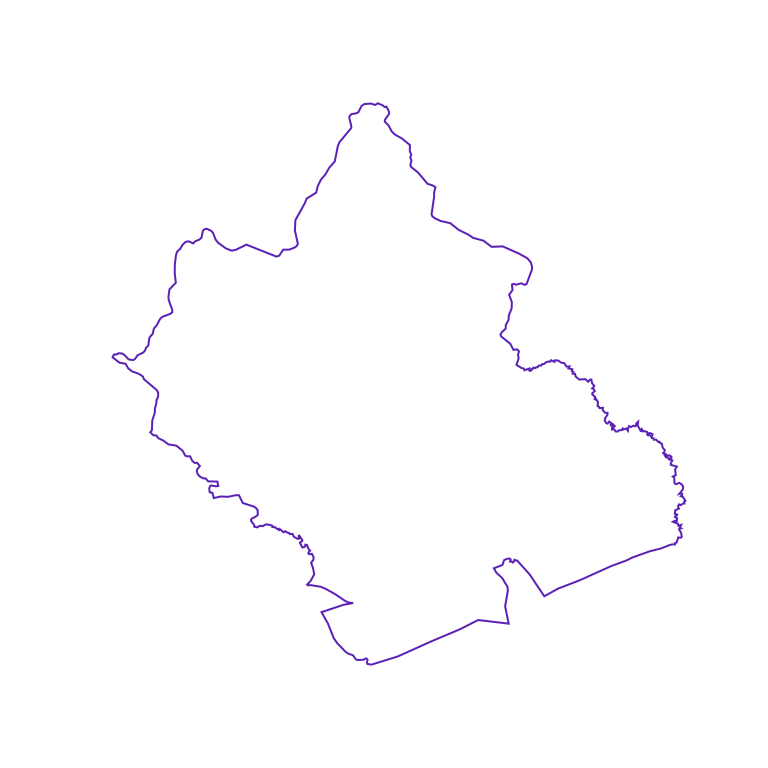 outline of Srinagarindra, Phatthalung, Thailand, rotated 69°
{"feature_id": "78962969B8078558348171", "entity_name": "Srinagarindra", "entity_type": "district", "adm_level": 2, "iso_a3": "THA", "parent_name": "Thailand", "parent_adm1": "Phatthalung", "projection": "albers", "projection_center": [99.922, 7.561], "detail": "fine", "context": "isolated", "style": "outline", "palette": "violet", "viewbox_px": 768, "rotation_deg": 69, "n_neighbors": 0, "source": "geoboundaries", "source_scale": "gbopen_adm2", "svg_char_len": 6165}
<svg xmlns="http://www.w3.org/2000/svg" viewBox="0 0 768 768"><g transform="rotate(69 384 384)"><path d="M611.2,157.1L610.6,157.2L610.6,158.6L609.2,159.0L606.2,157.2L606.0,153.3L603.5,153.4L602.1,151.7L603.4,150.6L602.8,147.4L603.2,146.3L601.3,145.9L601.0,144.4L596.8,145.3L595.1,147.1L594.5,145.4L593.5,145.0L592.5,145.9L592.4,147.6L589.7,143.0L587.2,141.5L584.4,142.0L582.1,143.8L582.2,147.4L580.7,148.3L575.5,146.7L573.9,147.5L573.7,144.3L568.2,142.9L566.0,140.2L562.3,145.2L561.3,145.1L558.6,142.2L556.4,145.1L555.5,145.0L556.2,142.7L555.8,141.9L554.8,141.7L552.7,143.3L552.8,144.9L554.1,146.1L553.5,147.0L551.8,147.3L552.0,145.8L550.9,145.6L549.6,147.6L548.5,148.2L548.2,146.9L546.3,145.5L543.3,146.7L539.4,146.0L538.0,147.4L536.6,147.5L536.4,148.8L533.5,149.8L532.7,152.1L531.2,151.9L530.4,153.4L528.4,153.5L528.7,152.6L527.1,151.3L525.0,153.4L525.3,154.4L526.9,154.7L526.5,156.0L525.4,156.4L523.9,155.4L523.0,155.6L521.4,157.6L521.2,159.0L518.2,159.5L518.5,160.4L520.2,160.5L519.8,161.2L513.6,162.0L510.3,160.3L511.2,162.5L513.6,164.3L512.3,166.2L512.7,168.9L511.1,170.3L511.9,171.4L515.1,173.1L512.3,173.9L512.3,176.5L511.1,177.0L512.2,178.5L511.4,181.2L512.2,182.7L511.3,184.8L508.2,185.6L508.2,187.4L506.3,186.6L506.1,183.7L503.0,185.0L503.0,185.7L504.3,186.3L503.9,187.1L501.5,186.1L499.8,187.1L501.1,189.4L500.2,190.5L497.1,191.0L494.9,189.5L492.8,186.4L491.1,185.7L489.8,188.1L486.5,189.2L484.7,188.1L483.7,191.4L482.1,191.5L481.3,192.5L477.4,190.7L473.8,191.5L474.2,192.3L473.6,192.8L471.8,191.5L468.2,193.3L467.2,192.8L466.2,189.8L464.0,190.0L462.8,191.2L461.2,188.3L457.8,189.5L454.2,188.8L453.7,189.9L455.1,192.5L451.6,194.3L449.9,200.0L445.8,202.4L443.1,202.0L442.0,204.1L440.7,202.8L439.4,204.1L437.7,202.9L435.6,206.2L434.1,204.5L433.1,207.4L429.2,208.2L427.3,211.2L424.6,212.9L423.1,216.0L424.4,216.9L421.7,219.5L422.7,220.7L421.8,222.9L421.8,225.0L422.7,227.7L422.1,229.1L423.1,230.7L422.2,233.1L423.4,234.7L422.9,235.8L423.4,237.0L422.2,238.6L423.2,239.7L422.9,240.8L424.1,241.5L424.1,243.1L423.4,243.5L421.6,242.7L421.5,247.9L419.6,248.0L418.4,249.8L413.6,253.5L408.3,249.1L404.4,248.3L402.0,246.3L399.4,247.2L398.5,250.9L391.7,251.7L381.5,257.6L379.6,257.5L377.8,255.4L375.9,250.5L372.6,249.2L368.9,244.8L364.6,242.8L359.1,237.7L353.3,235.3L345.4,235.2L342.4,230.4L337.0,228.9L336.8,227.3L338.7,225.0L339.1,220.0L341.9,217.1L341.8,215.1L330.1,204.8L327.5,203.7L323.0,203.4L318.0,205.1L310.6,211.3L298.1,223.8L294.5,234.4L285.8,239.8L279.5,248.5L275.0,251.5L267.1,258.9L257.6,264.5L252.1,272.7L247.7,277.0L244.7,278.8L242.7,278.8L227.1,270.1L223.0,268.5L218.7,265.4L216.2,267.3L212.7,271.6L198.9,276.4L190.7,281.1L188.7,280.7L185.2,278.3L181.9,278.3L179.7,276.4L176.1,276.5L170.1,274.2L161.4,279.2L154.9,284.5L151.2,286.2L143.9,287.2L139.3,289.3L137.6,288.3L133.8,282.7L132.2,281.8L129.7,281.9L126.0,282.3L125.7,284.1L123.1,285.6L119.7,289.3L120.4,292.1L117.4,295.9L115.6,302.3L116.4,305.4L121.1,310.5L121.3,313.3L120.4,317.5L121.4,320.0L123.2,321.1L131.3,322.0L133.2,322.8L142.4,339.1L145.6,342.0L158.6,350.2L162.4,357.5L167.4,363.7L170.7,369.8L175.5,374.9L181.0,378.7L183.2,389.8L186.9,393.2L199.3,408.0L208.8,412.2L222.3,414.2L224.0,416.1L224.6,419.2L224.6,424.4L222.5,429.9L226.6,435.8L226.5,438.8L204.6,462.5L205.6,474.1L205.0,478.3L200.9,482.9L192.8,488.2L189.1,489.4L181.7,489.5L179.3,490.3L175.5,493.8L175.2,496.5L176.3,498.4L181.8,501.8L183.0,504.3L183.1,508.9L184.3,511.9L180.8,515.2L180.2,518.3L181.8,522.1L184.6,525.5L186.5,530.0L189.6,532.3L198.3,536.8L206.3,539.9L214.8,542.0L218.7,550.3L225.3,554.0L228.6,554.9L238.9,555.1L241.1,556.0L241.9,558.1L241.9,567.0L242.9,569.6L247.9,575.4L249.7,578.9L254.3,582.0L256.0,585.4L257.4,586.9L263.6,590.2L264.9,593.2L267.2,595.2L268.3,597.3L268.9,603.7L271.6,607.9L271.7,609.8L269.5,613.6L263.9,615.9L261.5,617.7L260.1,621.2L260.6,622.8L259.7,625.6L261.8,627.8L269.3,623.3L272.5,618.0L277.7,617.2L281.9,614.7L286.2,609.7L289.3,607.2L290.9,606.4L293.5,606.4L308.1,598.4L311.1,597.9L315.0,599.5L317.7,602.3L320.3,603.4L325.2,606.9L328.5,608.1L335.0,613.4L343.9,617.2L345.3,619.5L349.2,617.7L350.6,614.8L353.5,614.3L357.5,610.5L363.1,606.9L367.1,600.0L374.2,595.9L379.6,595.3L381.1,593.5L382.0,590.9L386.8,590.6L389.9,589.0L390.5,586.8L394.6,585.3L396.9,589.1L398.5,590.1L401.4,590.3L404.8,588.9L407.6,586.1L408.3,584.3L411.9,583.0L415.4,574.5L419.9,575.3L419.2,577.7L416.8,581.7L417.1,583.2L419.1,584.7L422.7,585.5L424.0,583.2L429.5,583.8L430.5,576.8L433.5,569.8L434.6,562.7L435.8,559.3L444.5,558.5L451.9,549.3L454.2,547.8L456.4,547.2L460.8,548.6L461.8,551.1L462.2,555.4L463.1,556.9L464.5,557.1L469.2,555.7L470.7,556.3L472.6,553.3L471.9,552.0L472.4,549.3L473.3,548.1L472.7,544.6L474.5,541.2L476.4,539.0L477.5,539.5L478.9,536.8L481.3,535.7L481.5,534.0L482.8,534.2L482.7,532.9L486.3,531.1L486.1,528.7L487.2,528.4L489.4,525.8L490.3,525.8L491.2,523.1L494.3,522.9L497.7,520.1L497.9,518.1L495.4,518.3L495.2,517.4L500.6,516.2L501.4,516.8L502.0,519.4L506.8,518.9L507.4,518.7L507.6,516.8L507.3,515.8L505.8,515.0L506.6,513.6L511.3,513.5L513.1,512.7L514.2,515.0L515.0,515.3L515.9,515.1L516.7,512.2L520.6,511.8L523.0,513.1L524.7,516.1L530.0,516.2L536.6,517.3L541.8,523.4L543.7,527.7L544.7,527.2L545.5,524.5L550.7,515.6L555.0,511.3L563.0,504.7L572.5,498.1L575.3,495.4L577.5,491.3L575.6,500.9L574.6,524.1L587.5,522.2L603.3,522.0L609.4,520.5L620.1,515.9L622.6,514.3L626.1,510.2L631.1,508.9L632.2,507.6L634.0,502.3L633.7,499.3L634.2,498.6L635.7,498.2L637.6,499.6L639.4,499.8L641.5,496.3L643.3,468.9L641.2,432.0L640.2,401.3L638.1,380.7L652.4,353.5L635.0,350.6L621.2,342.4L617.7,341.4L607.5,343.2L600.4,346.7L595.4,347.5L595.4,338.3L591.5,335.0L591.3,331.6L592.0,329.2L593.3,328.6L594.9,329.9L595.5,328.5L596.8,327.9L596.8,327.0L594.8,325.2L596.2,324.0L596.4,323.0L613.9,316.3L639.6,310.4L637.4,294.9L637.4,272.2L635.4,236.8L635.6,220.7L635.0,214.7L635.4,196.1L636.8,184.2L636.7,175.0L637.0,172.4L638.1,170.0L636.8,169.2L636.8,167.5L632.7,164.4L633.9,162.0L633.2,160.7L629.4,160.0L625.4,160.6L624.8,159.9L625.1,158.4L624.0,159.1L622.0,157.1L621.9,159.9L619.7,159.7L616.2,163.6L615.9,161.2L616.9,160.8L616.9,159.8L614.5,158.4L612.4,160.0L611.2,157.1Z" fill="none" stroke="#5b21b6" stroke-width="2"/></g></svg>